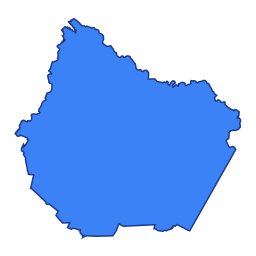 outline of Frontera Comalapa, Chiapas, Mexico
{"feature_id": "50627088B89895407901700", "entity_name": "Frontera Comalapa", "entity_type": "district", "adm_level": 2, "iso_a3": "MEX", "parent_name": "Mexico", "parent_adm1": "Chiapas", "projection": "albers", "projection_center": [-92.074, 15.782], "detail": "fine", "context": "isolated", "style": "filled", "palette": "blue", "viewbox_px": 256, "rotation_deg": 0, "n_neighbors": 0, "source": "geoboundaries", "source_scale": "gbopen_adm2", "svg_char_len": 5550}
<svg xmlns="http://www.w3.org/2000/svg" viewBox="0 0 256 256"><path d="M67.9,21.7L68.7,22.0L69.6,23.0L69.8,23.6L70.4,23.8L70.8,24.6L71.5,24.5L72.8,27.0L74.1,27.5L74.1,28.4L74.4,28.7L74.5,29.2L76.1,30.0L76.1,30.8L75.6,31.8L76.0,32.4L75.7,32.9L75.3,32.6L75.3,31.9L74.7,31.1L74.4,31.0L74.0,31.3L73.3,31.2L72.1,30.2L71.8,29.7L70.4,29.0L69.8,28.0L69.5,29.0L69.0,29.0L68.1,27.5L67.9,27.4L68.2,28.3L67.9,28.4L67.2,27.8L66.5,27.8L65.9,27.3L65.4,27.1L65.4,26.8L65.1,26.7L64.2,27.4L63.9,28.0L61.6,29.9L61.7,30.1L61.8,29.9L62.1,29.9L62.7,30.5L63.1,31.3L62.7,31.5L63.5,32.8L63.8,33.9L63.8,34.6L63.4,35.3L63.2,35.5L62.8,35.4L62.5,35.7L63.0,35.8L63.4,36.5L63.2,37.0L63.6,37.5L63.9,38.8L63.5,39.9L64.2,39.5L64.4,39.7L64.9,39.6L65.2,39.8L65.0,40.2L62.8,42.3L62.4,42.2L62.1,41.9L62.0,42.6L61.4,42.8L60.3,44.3L59.2,44.6L57.4,45.6L57.3,46.6L57.4,47.0L59.1,48.4L59.6,49.4L59.2,50.5L58.1,51.7L57.9,52.5L58.1,55.4L58.0,57.4L57.6,57.9L58.0,58.0L58.4,58.8L58.4,59.2L57.5,60.4L54.4,61.6L53.3,61.9L53.0,61.7L52.6,61.8L52.2,62.2L50.3,68.8L48.9,70.6L48.9,71.2L50.4,72.1L51.6,73.6L51.0,74.2L49.7,73.9L48.4,74.8L47.7,75.8L48.9,81.3L49.0,82.6L49.4,82.8L50.1,83.5L51.4,83.5L52.0,84.3L52.0,87.5L51.4,90.6L51.0,91.2L49.7,92.4L47.5,93.0L47.0,93.2L46.7,93.6L45.6,97.3L45.1,97.8L45.1,98.1L45.7,98.8L46.0,99.6L45.9,100.1L45.3,100.2L43.2,101.5L42.4,102.4L40.5,107.3L39.4,108.4L38.8,109.9L38.7,111.3L39.8,112.2L39.8,112.8L39.3,113.3L38.1,113.6L37.0,114.3L33.3,113.9L31.8,114.4L31.4,114.9L31.3,115.4L31.8,117.7L31.6,118.7L31.3,120.3L30.4,121.1L29.9,121.3L29.0,120.7L27.9,120.6L27.3,121.8L26.7,122.0L26.4,121.5L25.8,121.2L25.3,121.2L23.7,120.2L21.5,121.1L20.8,123.2L19.4,125.6L19.8,127.3L19.9,128.2L18.9,129.1L19.2,129.3L18.7,129.7L18.4,129.6L18.0,130.0L18.3,130.1L17.7,130.5L18.0,130.6L17.6,131.0L17.0,132.2L16.6,132.1L16.5,132.4L16.0,132.2L15.5,133.1L15.9,133.3L15.4,134.0L16.1,134.5L16.8,135.5L17.6,136.2L18.6,136.2L19.9,135.8L20.2,135.8L20.3,136.1L20.4,135.1L27.4,137.9L27.3,139.4L28.5,140.0L25.9,144.3L23.7,147.3L23.2,146.8L24.2,145.3L23.5,144.2L22.4,147.0L21.7,147.7L21.4,149.9L21.4,150.3L22.4,151.5L23.2,151.4L23.9,152.1L24.0,153.3L23.4,154.2L23.5,154.6L24.7,156.3L25.6,157.9L25.5,159.4L26.0,162.7L27.4,169.0L27.2,170.1L28.2,172.1L28.4,174.3L33.7,174.9L30.6,188.5L31.6,188.6L45.8,201.9L46.3,204.1L49.3,204.2L58.3,211.3L56.0,215.2L56.1,215.7L62.5,223.0L69.8,222.7L67.5,227.5L71.3,229.3L72.7,228.3L76.3,228.8L77.9,229.7L80.3,229.9L79.9,231.7L80.5,233.1L82.0,235.1L82.8,235.6L83.3,235.5L82.7,237.2L83.5,236.6L83.3,237.2L84.8,236.4L86.8,235.9L95.9,236.2L112.9,235.8L116.3,230.6L119.0,223.6L121.9,225.6L123.5,226.2L155.0,224.7L154.0,228.7L154.7,228.6L155.6,228.9L157.5,230.3L158.5,230.7L162.4,231.2L163.5,231.0L164.5,230.3L166.1,230.7L167.0,230.6L168.1,229.9L171.2,228.9L171.1,228.7L171.8,228.6L172.0,228.5L171.6,228.1L171.9,227.4L172.3,227.1L172.6,227.6L173.0,227.2L172.9,226.2L173.5,226.1L173.7,225.8L174.1,225.7L174.3,226.0L175.2,226.2L176.8,224.5L184.6,228.4L186.1,229.4L189.7,230.8L235.7,149.5L234.9,148.0L233.2,146.5L232.1,146.6L230.4,147.3L229.1,147.0L228.7,146.5L227.4,143.4L226.4,141.6L226.3,140.8L226.6,139.8L227.4,139.3L228.3,138.9L228.6,138.5L228.8,137.7L228.8,136.8L229.1,135.8L229.0,134.6L229.2,133.3L228.9,132.3L230.0,131.3L230.1,130.8L230.8,130.9L231.8,130.5L233.4,130.3L236.1,130.2L237.1,130.0L238.8,128.9L239.5,127.7L240.0,127.5L240.3,126.6L240.2,125.5L239.8,123.5L240.0,122.4L240.6,121.1L240.2,120.3L240.5,119.5L239.4,118.5L239.0,117.9L238.2,118.1L237.3,118.1L237.2,118.0L237.4,117.4L238.3,116.5L237.9,116.1L237.9,115.8L238.1,115.5L238.6,115.5L239.0,115.1L238.9,114.4L239.2,112.0L238.3,111.1L235.4,109.5L234.7,109.7L233.8,110.7L232.3,109.7L231.9,109.8L231.2,109.4L228.2,107.4L225.0,104.6L225.1,102.8L224.9,102.3L224.3,101.8L222.4,102.4L221.3,102.4L220.7,102.0L219.9,100.6L218.2,99.8L218.2,100.0L216.8,100.9L215.7,101.1L215.0,99.9L214.7,97.7L214.9,97.2L216.7,95.3L216.0,95.0L214.6,93.8L214.0,93.1L213.9,92.1L212.9,91.3L212.4,91.2L211.4,88.4L210.5,87.5L208.9,83.9L208.1,83.4L207.0,83.5L206.6,82.0L206.0,81.2L205.2,80.6L203.8,80.4L202.0,81.1L199.1,81.8L197.8,82.6L197.2,82.7L196.0,81.9L195.1,81.0L193.9,80.7L191.6,80.9L191.4,80.7L190.6,81.2L190.7,83.6L190.5,84.0L189.6,84.5L188.2,84.4L186.2,85.6L185.7,85.6L185.3,85.2L185.0,84.4L185.1,83.4L183.6,82.5L182.4,82.4L180.7,82.9L178.3,84.1L178.8,85.0L178.2,86.2L177.7,86.1L177.5,85.8L176.0,84.7L173.4,87.0L172.7,86.9L172.8,85.0L175.2,82.9L175.2,82.7L175.1,82.2L174.1,81.0L173.0,80.9L171.9,81.4L170.4,83.3L169.7,85.4L168.8,84.9L167.9,83.9L167.9,83.0L168.3,82.5L167.4,81.4L166.9,81.3L165.7,82.5L164.3,82.0L162.4,82.9L161.0,82.3L157.1,81.5L154.8,78.9L148.4,79.1L148.6,72.8L148.4,72.1L147.7,71.6L147.0,70.7L145.9,70.1L143.9,70.7L142.8,71.6L141.8,71.3L141.3,70.3L140.7,69.8L140.0,69.6L139.4,70.2L138.9,70.2L138.4,70.1L136.7,69.1L136.2,68.4L136.0,67.7L135.9,66.6L135.5,65.7L135.5,64.8L135.2,63.8L133.9,62.3L131.9,59.3L131.1,58.9L130.5,58.3L130.5,57.4L130.0,56.6L129.2,56.2L127.2,55.9L124.5,57.3L124.1,57.3L123.6,57.2L122.8,56.1L122.0,55.9L121.4,56.3L120.3,57.5L119.0,57.3L117.0,55.7L116.6,54.6L116.5,53.7L116.2,52.7L114.5,51.9L112.8,48.4L111.8,47.4L111.5,46.7L110.7,45.7L108.6,46.3L107.6,46.3L107.1,46.5L104.8,45.1L103.9,44.1L102.9,43.9L102.7,43.0L102.8,42.2L102.6,41.1L103.6,39.4L103.7,38.7L103.1,37.4L103.5,36.6L103.3,35.8L101.9,34.2L99.3,33.3L99.0,32.8L98.9,31.0L98.4,30.3L96.8,29.4L95.4,29.7L94.4,27.9L92.2,27.6L91.5,27.9L86.8,26.1L85.6,26.7L84.4,25.9L82.7,26.0L80.9,24.9L79.6,23.1L78.4,22.0L74.3,18.8L73.4,18.9L72.5,19.5L71.2,21.2L70.9,20.4L70.6,20.8L70.7,21.5L67.9,21.7Z" fill="#3b82f6" stroke="#1e3a8a" stroke-width="1.5"/></svg>